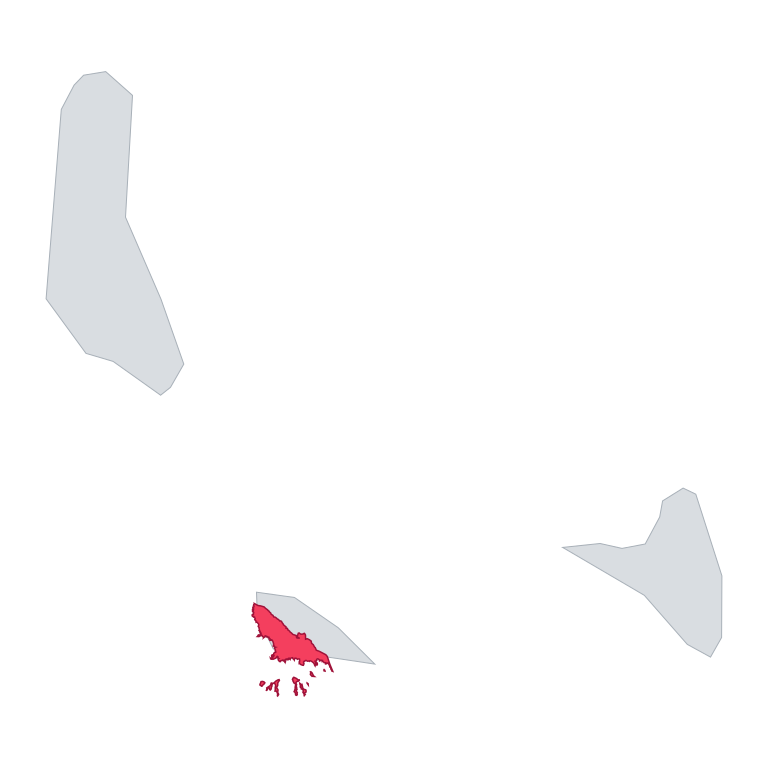 Nioumachioi, Moûhîlî, Comoros (highlighted)
{"feature_id": "10938185B46959303700006", "entity_name": "Nioumachioi", "entity_type": "district", "adm_level": 2, "iso_a3": "COM", "parent_name": "Comoros", "parent_adm1": "Moûhîlî", "projection": "robinson", "projection_center": [43.69, -12.344], "detail": "fine", "context": "in_parent", "style": "filled", "palette": "rose", "viewbox_px": 768, "rotation_deg": 0, "n_neighbors": 0, "source": "geoboundaries", "source_scale": "gbopen_adm2", "svg_char_len": 6578}
<svg xmlns="http://www.w3.org/2000/svg" viewBox="0 0 768 768"><path d="M170.5,387.3L160.6,395.2L113.1,361.4L86.0,353.4L46.1,298.8L61.3,109.4L74.1,85.1L83.6,75.2L105.7,71.6L132.5,95.4L125.5,217.2L161.0,299.2L183.8,364.1L170.5,387.3ZM695.8,494.2L721.9,575.9L721.6,637.5L710.5,657.1L687.3,644.4L644.3,595.3L562.6,547.4L600.1,543.5L622.0,548.4L645.2,544.0L659.7,517.0L662.6,500.9L683.1,488.1L695.8,494.2ZM338.3,627.8L374.8,664.1L273.3,649.0L257.4,616.3L256.5,592.2L294.5,597.5L338.3,627.8Z" fill="#d9dde1" stroke="#a8b0b8" stroke-width="1"/><path d="M315.3,647.7L314.5,647.0L313.3,644.7L311.6,643.3L311.2,641.1L309.5,639.8L307.7,638.9L307.1,638.7L305.6,639.2L305.5,635.1L304.8,633.8L304.2,633.3L303.2,634.0L301.1,634.2L300.4,634.0L299.2,633.0L298.3,633.2L297.3,636.4L297.7,637.3L299.0,637.8L299.0,638.2L297.0,638.0L296.5,637.3L296.2,635.5L292.8,634.4L291.5,633.0L290.1,632.0L289.8,631.4L288.3,630.0L287.7,629.8L287.5,628.6L287.2,628.3L286.0,628.2L286.1,627.0L283.4,624.7L283.2,624.0L282.3,622.9L281.5,621.4L280.7,620.9L279.8,621.0L278.4,619.4L277.6,619.2L276.0,617.7L275.0,617.1L273.7,616.9L273.0,615.4L271.2,614.3L270.7,613.0L269.4,611.9L269.0,611.1L268.0,610.5L267.7,609.9L265.6,608.4L264.1,606.9L260.7,605.9L258.0,605.5L254.3,603.5L254.4,604.0L253.7,604.6L253.5,605.7L254.0,606.0L253.9,606.9L253.5,607.3L252.9,607.2L252.8,607.5L253.0,608.2L253.5,608.5L253.5,609.6L252.8,610.1L252.5,609.7L252.4,610.0L252.9,610.4L253.3,610.3L253.2,610.7L253.4,611.1L253.2,611.4L252.9,611.5L252.8,611.2L252.6,611.4L253.7,612.7L253.5,613.0L253.4,614.3L252.6,614.4L252.1,614.9L252.2,615.9L252.6,616.3L253.4,616.3L253.3,616.8L253.6,617.1L254.0,616.9L254.6,617.1L254.7,617.8L255.2,618.6L254.7,619.7L255.8,620.6L256.1,622.3L256.8,622.1L257.1,622.3L258.7,624.2L258.7,625.2L258.3,626.0L258.2,626.5L259.1,627.5L259.0,628.0L259.4,629.8L259.0,630.5L259.8,630.9L259.7,632.0L259.3,632.5L259.9,632.0L260.3,632.0L260.3,632.3L260.4,632.2L261.1,633.3L261.0,633.6L260.6,633.5L260.9,634.2L260.6,635.1L258.8,634.8L258.0,635.3L257.9,635.9L257.3,636.5L259.0,636.6L259.9,636.0L260.6,635.8L260.6,635.4L261.0,635.3L261.0,635.0L261.4,635.0L262.0,635.4L262.4,636.3L263.0,636.9L264.0,637.1L263.8,637.6L264.7,636.9L265.2,635.8L266.3,636.2L266.4,636.9L267.5,636.6L268.0,637.4L268.8,637.2L269.0,638.4L269.3,638.1L270.1,638.9L269.8,640.2L270.0,640.3L270.2,640.0L271.0,640.3L271.1,640.1L271.6,640.1L271.3,639.8L271.8,639.8L272.8,641.2L273.6,643.7L273.5,644.2L273.8,645.1L273.3,645.7L273.3,646.1L273.8,645.8L274.4,646.2L274.8,647.2L275.4,647.3L274.7,647.6L274.5,648.1L275.3,649.7L275.2,650.9L275.7,651.2L275.7,652.3L274.5,652.6L273.8,653.3L273.5,654.7L273.5,655.3L273.8,655.3L274.0,655.6L273.7,656.2L273.2,656.2L273.4,655.9L272.8,655.8L272.6,655.3L272.7,654.8L272.1,654.9L271.6,655.4L271.8,656.9L272.2,656.5L272.8,656.3L273.1,656.5L273.2,656.9L272.5,657.4L272.1,658.5L271.4,658.3L271.0,658.7L270.5,658.2L270.6,658.7L271.0,659.1L271.5,658.9L271.5,659.2L272.2,659.3L272.9,658.9L273.3,659.2L275.9,658.1L277.0,656.9L277.0,656.5L277.5,656.4L278.1,657.0L277.9,658.0L278.7,658.5L278.1,658.7L278.2,659.6L278.5,660.4L279.0,660.8L279.4,661.5L280.4,661.6L280.7,660.8L282.0,660.4L282.3,660.5L282.6,660.1L283.1,660.1L283.7,660.3L283.7,661.0L285.0,661.1L284.9,661.8L285.2,661.7L285.3,662.1L285.5,661.6L284.8,660.2L285.2,659.6L286.2,659.0L286.6,659.0L286.6,659.8L288.3,659.7L288.6,659.5L288.1,659.0L288.2,658.5L289.1,658.1L290.2,659.4L290.5,658.4L291.4,657.9L292.6,657.7L292.9,658.7L293.9,659.4L294.3,660.1L294.8,658.3L296.0,658.2L297.5,659.3L298.1,658.9L299.5,659.0L299.7,661.1L299.3,661.6L299.5,662.4L299.4,662.7L299.2,662.6L299.2,663.3L299.5,663.1L300.3,664.3L302.4,665.2L303.4,665.3L304.0,663.7L303.6,663.1L303.6,662.0L303.9,661.9L304.1,661.3L304.8,661.2L305.2,660.6L306.1,660.4L307.4,661.2L309.1,661.0L309.4,661.3L309.8,660.8L310.3,660.8L311.7,661.4L313.1,662.5L314.1,663.6L314.2,664.1L314.7,664.6L314.6,665.1L315.1,665.9L315.7,663.6L316.2,663.6L316.9,665.1L317.2,664.9L317.4,664.2L317.3,663.3L317.0,662.8L316.6,662.5L316.2,663.1L315.9,663.0L315.0,661.2L316.2,660.9L316.8,660.3L316.6,659.4L317.8,658.8L319.2,659.6L319.5,661.0L320.0,660.9L320.3,660.3L321.0,660.1L321.6,660.4L321.9,660.9L322.3,660.8L322.3,661.0L322.6,660.7L322.8,661.6L323.3,661.7L324.2,662.7L325.7,662.7L325.6,663.9L326.7,663.7L327.3,663.1L328.1,663.1L329.3,665.1L329.7,666.2L329.8,667.0L330.4,667.3L330.7,667.8L331.0,669.4L331.5,669.9L331.9,671.1L332.8,671.4L329.8,664.1L327.3,656.5L325.8,654.7L319.3,651.3L316.3,650.2L315.3,647.7ZM279.1,679.6L278.1,679.8L275.8,681.1L273.9,683.0L272.1,683.3L271.3,683.0L271.0,683.4L271.2,683.8L270.2,685.6L266.7,687.9L266.9,688.9L266.4,690.3L266.7,690.4L267.0,690.1L267.5,689.3L267.6,688.6L268.6,687.7L269.1,687.7L269.8,689.3L269.7,689.6L270.3,690.0L271.0,689.3L271.3,688.5L271.5,686.9L272.0,686.0L271.8,685.4L272.5,683.8L273.4,683.2L274.6,683.5L275.3,684.3L275.6,685.6L275.2,687.6L275.4,687.9L275.2,688.6L275.3,689.2L275.0,691.1L276.1,691.1L277.3,692.6L277.6,694.5L277.4,695.8L277.6,696.0L278.6,694.6L278.3,693.9L278.4,693.6L277.6,692.3L278.0,690.7L277.9,689.5L276.7,688.0L276.9,687.0L277.7,685.5L277.8,682.8L279.4,680.4L279.1,679.6ZM296.5,678.5L293.9,677.3L293.7,677.8L293.1,677.9L292.4,679.4L292.9,680.2L292.9,681.0L293.4,681.5L293.7,682.7L294.3,683.2L294.9,683.3L295.4,684.0L295.6,685.5L295.2,686.2L295.4,687.0L295.1,687.5L295.2,688.0L295.0,689.5L294.6,690.2L294.8,690.5L294.5,691.2L294.1,691.5L294.2,691.8L294.7,692.0L295.3,692.9L295.6,694.9L296.1,695.3L296.8,695.3L297.3,694.3L297.0,693.1L297.3,692.7L296.7,691.7L296.4,690.8L296.6,689.7L297.0,689.4L296.6,688.0L296.7,687.4L296.2,686.1L296.6,684.7L296.4,684.0L295.7,683.0L296.0,682.9L296.5,681.7L298.7,681.0L299.3,680.3L299.3,680.1L299.9,679.9L298.1,679.9L296.5,678.5ZM301.7,684.7L299.8,683.3L299.9,684.2L300.6,685.4L300.3,685.8L300.7,686.4L300.2,686.9L300.3,687.2L301.2,687.9L301.3,688.9L301.8,688.9L302.4,689.5L303.0,689.6L303.2,690.2L303.3,692.5L303.1,692.5L304.1,694.1L304.2,696.4L304.5,694.9L305.2,694.6L304.8,694.0L304.7,692.9L305.0,692.6L305.8,692.4L306.1,691.4L306.0,690.1L305.4,689.7L304.2,689.4L302.9,688.4L302.0,684.5L301.7,684.7ZM263.9,681.8L262.5,681.4L261.1,681.6L260.7,682.3L260.7,682.9L259.9,684.3L260.2,684.8L260.1,685.2L261.2,685.6L261.4,686.2L262.1,686.1L263.2,684.6L264.2,683.9L264.6,682.9L264.8,682.8L263.9,681.8ZM312.1,672.9L310.8,671.7L310.4,671.9L310.9,672.8L310.4,674.0L310.4,674.6L312.1,676.4L313.3,676.1L313.8,676.5L314.4,676.5L313.5,675.8L312.1,672.9ZM324.1,669.6L323.9,669.9L324.1,670.0L324.1,670.9L325.0,671.1L324.8,670.3L324.1,669.6ZM308.1,683.7L307.1,683.0L307.1,683.3L308.2,684.8L308.1,683.7Z" fill="#f43f5e" stroke="#9f1239" stroke-width="1.5"/></svg>